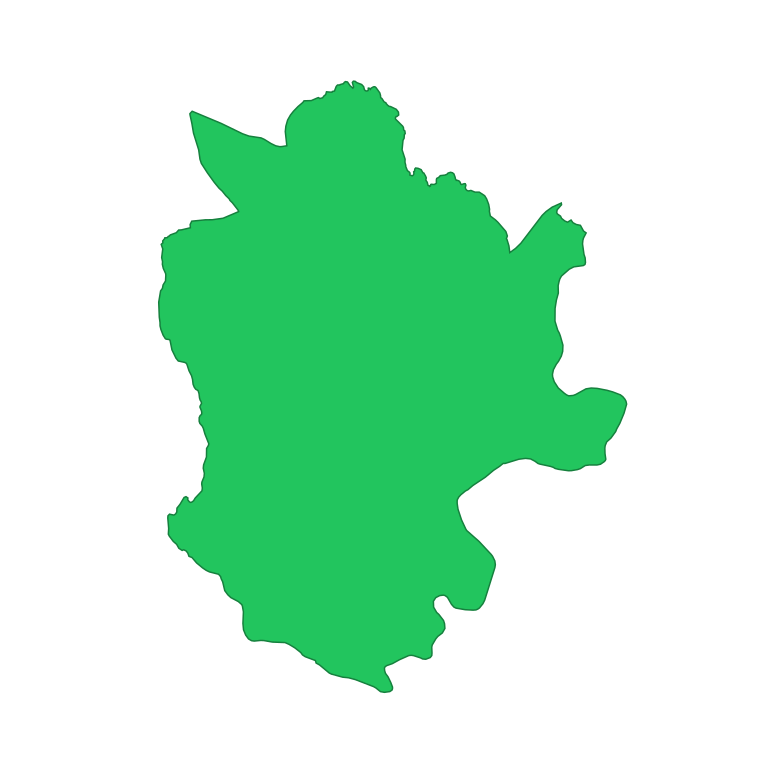 the district of Maputsoe, Leribe, Lesotho, rotated 171°
{"feature_id": "5366337B94933282431909", "entity_name": "Maputsoe", "entity_type": "district", "adm_level": 2, "iso_a3": "LSO", "parent_name": "Lesotho", "parent_adm1": "Leribe", "projection": "orthographic", "projection_center": [27.931, -28.897], "detail": "fine", "context": "isolated", "style": "filled", "palette": "green", "viewbox_px": 768, "rotation_deg": 171, "n_neighbors": 0, "source": "geoboundaries", "source_scale": "gbopen_adm2", "svg_char_len": 6146}
<svg xmlns="http://www.w3.org/2000/svg" viewBox="0 0 768 768"><g transform="rotate(171 384 384)"><path d="M582.2,556.8L581.4,552.0L583.8,543.7L583.6,539.4L584.2,536.9L583.9,532.7L582.4,527.2L582.5,525.5L583.7,519.9L586.7,516.4L587.9,513.1L590.1,510.9L593.7,500.1L595.5,485.0L595.6,479.8L596.1,476.4L595.8,472.7L594.5,466.7L592.9,463.0L592.2,462.4L589.2,461.5L588.5,460.7L588.1,450.9L585.4,442.0L583.6,438.9L577.7,436.6L576.4,435.8L575.6,434.4L574.5,427.5L572.8,422.3L572.4,418.6L572.6,413.6L571.9,410.5L570.8,408.3L568.7,406.6L568.2,403.4L568.4,399.1L568.1,396.9L567.3,395.1L567.3,393.3L569.2,390.8L569.4,389.9L568.5,385.9L568.5,383.9L569.0,382.5L570.5,381.6L571.8,379.7L572.4,376.0L572.0,373.8L570.1,370.8L569.4,368.5L568.7,362.7L566.4,352.4L567.0,350.9L569.3,348.1L570.8,339.6L574.8,332.4L575.7,329.1L575.4,323.9L576.3,320.4L579.2,315.6L579.7,313.7L579.7,309.7L580.5,307.0L588.3,300.9L590.4,298.4L592.6,297.3L593.6,297.3L594.7,298.1L596.0,300.5L595.5,302.1L597.2,303.7L599.2,303.2L604.3,297.1L607.9,293.8L608.7,290.0L610.2,288.2L612.1,287.4L616.2,289.0L618.0,287.6L618.5,285.5L619.3,274.9L620.5,269.4L619.8,267.2L616.7,261.4L613.9,258.1L612.3,253.8L609.4,251.2L607.7,251.6L605.5,250.0L604.2,247.6L603.6,244.3L600.8,242.7L597.1,236.6L591.9,230.7L588.8,227.8L585.8,225.7L577.2,222.0L575.5,219.3L575.3,217.2L574.3,213.9L573.6,204.8L571.2,200.2L568.7,197.0L561.9,191.9L559.0,188.4L558.6,186.8L558.5,181.0L560.8,169.5L561.2,163.2L559.9,157.7L557.7,153.4L555.0,151.2L552.4,150.4L545.8,150.0L542.8,149.4L534.7,146.6L522.2,144.1L518.5,141.7L513.4,137.4L508.2,131.8L506.9,129.2L504.5,127.0L495.0,121.6L494.7,119.0L491.6,116.6L483.4,107.2L481.3,105.7L470.7,100.9L465.0,99.4L458.5,96.5L441.6,86.7L439.5,85.0L435.6,80.7L431.8,79.4L426.4,79.3L424.0,80.4L423.3,81.6L423.0,83.3L424.0,88.1L425.8,94.1L427.8,98.0L428.2,100.7L428.0,103.4L427.3,104.4L425.5,105.4L419.5,106.5L411.7,109.3L402.0,111.9L399.6,111.8L397.3,111.1L390.8,107.8L388.9,106.4L385.8,105.6L381.1,106.6L379.3,108.3L378.7,110.7L378.0,116.6L377.2,118.7L372.6,124.3L370.3,126.3L365.3,129.0L362.1,133.0L361.7,137.7L362.2,141.1L365.9,147.9L367.7,150.1L369.9,155.8L369.2,161.7L366.3,164.9L362.1,166.3L358.4,166.2L356.8,165.5L354.7,163.4L351.8,155.8L349.9,152.8L348.0,151.4L339.2,148.4L331.3,146.7L328.5,146.5L326.5,147.0L324.7,147.9L320.7,151.5L318.4,154.7L303.2,185.3L302.3,188.1L302.2,191.9L303.7,196.8L304.8,198.9L314.8,213.7L325.2,226.3L325.9,227.9L328.7,237.7L330.5,248.8L330.4,254.7L330.0,257.3L329.5,258.5L327.8,260.7L325.4,262.6L320.3,265.6L317.6,266.5L312.0,269.9L298.5,276.1L289.3,281.6L282.7,284.6L278.8,286.9L276.8,286.6L262.6,288.6L255.9,288.4L251.0,287.1L247.1,284.2L244.3,281.4L242.6,280.5L232.5,276.6L229.8,275.2L228.2,273.8L224.9,272.4L215.5,269.5L212.5,269.1L206.2,269.2L203.3,269.7L198.0,272.0L193.7,271.9L186.2,270.7L182.7,270.9L178.7,272.8L177.4,273.8L176.7,275.0L176.6,280.7L175.9,286.1L175.2,288.5L173.1,292.0L168.3,295.1L162.6,300.8L161.2,303.2L157.2,308.3L151.5,317.6L147.5,326.2L147.7,329.2L148.5,331.4L150.1,334.1L152.2,336.3L159.3,340.4L164.7,342.9L174.1,346.3L180.0,347.6L185.3,347.6L196.4,343.6L198.9,343.1L203.4,343.4L205.4,344.7L207.4,346.7L212.5,352.8L215.5,359.6L216.3,364.6L216.1,367.2L214.4,371.7L210.7,376.6L208.1,379.1L204.5,383.8L202.4,388.3L201.2,394.4L202.3,403.7L202.9,406.8L204.0,409.9L205.3,419.3L203.2,431.9L200.6,439.9L197.6,446.5L196.6,453.9L195.0,458.0L193.8,460.4L191.8,462.9L183.1,468.4L178.2,470.0L168.6,469.8L166.8,470.6L166.0,472.5L165.6,477.1L166.2,480.7L166.0,491.3L165.1,494.8L164.1,497.0L160.7,501.6L163.0,503.9L165.2,510.0L169.2,511.5L172.2,513.8L173.6,516.7L177.4,515.1L180.0,516.8L182.7,519.8L183.4,522.2L186.2,524.9L186.6,526.5L185.7,529.0L180.6,533.3L180.6,535.0L190.2,532.4L196.9,529.0L201.4,525.8L226.8,501.6L232.9,497.3L239.2,494.1L239.0,500.9L239.9,507.3L240.4,508.3L239.0,510.9L239.8,515.6L246.1,525.8L248.3,528.7L252.7,533.3L252.9,538.2L252.4,540.1L252.5,545.0L253.7,550.8L255.1,554.2L259.9,558.6L264.2,559.3L267.9,561.6L270.2,561.4L271.8,562.2L272.7,563.5L273.0,565.2L272.0,567.6L272.4,569.1L273.4,569.3L276.1,568.9L276.8,569.2L277.3,571.5L278.1,572.8L280.1,573.9L280.7,573.8L281.4,575.6L281.4,577.1L282.1,580.6L283.3,581.9L285.1,582.7L287.8,582.3L289.0,581.3L291.1,580.8L295.8,581.0L297.7,579.5L299.8,578.8L300.3,577.6L300.9,574.0L303.2,573.2L306.2,573.9L306.7,573.6L307.2,572.3L307.9,572.0L308.2,572.6L309.5,573.3L309.7,576.4L310.8,578.8L310.0,581.0L310.4,582.8L311.7,586.2L312.5,586.5L313.8,589.9L316.6,591.7L319.0,592.4L319.9,591.6L320.6,589.4L321.5,589.0L321.5,587.5L321.9,586.3L322.7,585.5L323.6,585.2L325.8,586.4L325.3,588.2L325.8,589.3L327.5,591.1L328.5,595.4L328.3,596.7L328.6,599.7L328.0,602.8L329.5,612.5L327.1,621.7L325.7,623.6L324.9,627.1L323.9,628.0L323.8,630.7L324.8,631.8L324.7,634.4L325.2,635.7L331.2,643.9L331.1,645.1L330.2,646.3L329.4,646.2L327.4,647.4L327.2,650.3L328.9,653.4L334.1,657.0L335.6,657.5L336.8,658.8L338.0,660.7L338.1,661.4L339.8,662.7L341.4,666.3L342.5,667.4L342.3,669.6L342.6,672.2L345.6,678.1L346.5,679.0L347.4,679.2L348.7,678.9L350.7,678.1L351.3,677.1L352.6,678.7L353.3,678.6L353.6,676.7L354.1,676.2L355.5,676.1L356.6,676.7L357.3,677.8L357.6,680.9L359.2,683.3L363.7,685.9L365.2,687.5L366.9,687.9L368.1,686.8L367.6,682.0L368.5,681.1L370.8,683.8L372.8,688.0L374.8,688.7L376.1,688.1L377.0,687.0L380.6,686.6L380.9,686.2L382.9,686.6L383.7,686.2L384.7,685.3L387.1,681.1L389.3,681.0L389.8,680.3L395.1,681.6L396.3,679.0L398.4,677.8L399.8,676.3L402.8,676.0L403.8,677.1L404.9,677.0L411.5,675.3L418.7,676.2L420.1,674.8L425.5,671.5L430.7,667.6L434.3,664.3L437.9,659.8L440.6,654.0L442.0,648.8L442.7,634.5L447.7,634.5L449.8,634.7L453.7,636.2L458.0,639.2L463.9,644.3L466.9,646.3L478.6,650.0L484.6,653.3L504.1,666.9L530.8,683.4L533.4,681.4L533.5,680.3L533.0,671.5L532.9,661.6L530.4,644.2L530.6,634.8L529.9,630.4L525.4,620.2L520.1,609.7L516.3,603.2L513.6,599.8L510.8,594.9L508.0,591.2L507.4,589.4L505.4,586.7L501.0,578.7L500.6,577.0L517.0,572.9L527.9,573.1L534.8,574.1L548.4,574.9L550.5,571.9L550.8,568.6L560.2,567.9L562.7,568.2L565.5,565.9L571.7,564.7L573.2,563.6L573.9,563.6L575.1,562.5L577.7,562.6L578.0,561.8L580.2,559.9L580.3,558.0L582.2,556.8Z" fill="#22c55e" stroke="#15803d" stroke-width="1.5"/></g></svg>